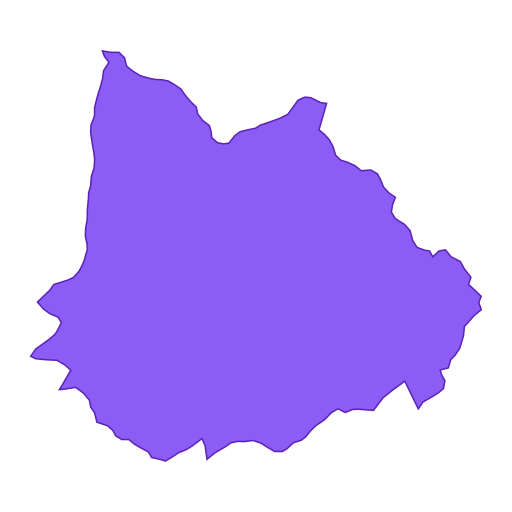 Bocaina, São Paulo, Brazil (Albers equal-area conic projection)
{"feature_id": "56859067B85307628604118", "entity_name": "Bocaina", "entity_type": "district", "adm_level": 2, "iso_a3": "BRA", "parent_name": "Brazil", "parent_adm1": "São Paulo", "projection": "albers", "projection_center": [-48.534, -22.093], "detail": "fine", "context": "isolated", "style": "filled", "palette": "violet", "viewbox_px": 512, "rotation_deg": 0, "n_neighbors": 0, "source": "geoboundaries", "source_scale": "gbopen_adm2", "svg_char_len": 2417}
<svg xmlns="http://www.w3.org/2000/svg" viewBox="0 0 512 512"><path d="M59.4,389.7L66.9,388.8L75.5,387.3L83.7,393.3L89.4,400.3L90.7,407.1L94.6,412.9L96.9,422.2L107.4,425.7L112.8,430.4L115.8,436.0L121.8,439.5L129.0,439.6L134.7,444.4L141.7,448.4L148.4,452.0L151.6,457.5L159.8,459.3L165.4,461.1L171.9,457.2L178.6,452.7L185.7,449.9L191.7,446.3L202.0,438.6L205.1,445.9L207.0,459.3L214.7,453.0L225.1,446.9L231.0,442.8L237.8,441.4L244.0,441.6L253.0,440.5L261.1,443.2L267.1,447.1L274.7,451.5L282.5,451.5L287.4,448.4L293.3,442.8L301.4,440.2L305.7,436.8L310.4,431.0L316.0,425.5L324.6,419.7L331.3,412.7L338.1,408.8L345.3,412.5L352.4,409.5L357.8,409.2L373.5,410.4L378.6,403.6L383.2,397.6L393.0,389.8L404.8,381.2L418.3,408.9L422.9,402.1L431.9,396.8L438.4,392.8L443.5,388.5L444.9,380.6L442.0,375.7L440.1,370.0L448.3,367.9L450.8,359.6L455.2,355.1L459.8,348.1L461.8,341.5L463.5,335.7L464.4,326.4L468.2,322.3L474.2,315.5L481.3,309.7L478.8,302.5L481.2,296.3L474.2,289.7L468.6,284.5L470.9,277.2L464.4,268.9L460.3,261.5L451.1,256.8L445.4,249.8L438.9,251.0L432.8,256.8L429.5,251.0L424.3,250.1L417.1,247.4L412.8,240.7L410.1,230.6L404.4,224.3L399.3,221.2L395.0,218.2L391.4,212.1L392.5,204.8L395.4,197.4L388.9,192.9L383.5,187.1L380.4,179.2L377.4,173.8L370.8,170.0L361.2,170.7L355.1,165.8L347.9,162.4L340.7,160.1L335.6,155.2L333.1,146.7L329.4,139.9L324.6,134.5L319.0,129.9L326.6,103.4L320.7,102.6L310.8,97.7L304.9,97.1L298.1,100.1L288.0,114.1L280.4,118.1L270.2,121.8L260.4,125.1L255.6,128.2L247.4,129.9L240.1,131.7L234.9,135.6L228.8,143.2L223.4,143.9L217.4,142.6L211.8,137.8L211.1,131.7L209.5,125.7L202.8,120.5L197.8,114.2L196.3,107.1L190.4,101.4L185.0,94.9L180.8,88.9L174.4,84.6L168.4,81.0L162.2,79.8L155.7,79.5L149.5,78.3L140.5,75.8L132.9,71.2L126.7,66.3L124.5,57.8L119.1,52.4L110.8,52.3L102.4,50.9L104.3,56.2L108.9,62.4L103.6,70.6L102.5,78.9L100.4,86.8L98.4,92.8L96.8,98.7L94.6,107.5L94.5,116.0L90.9,125.4L90.7,133.1L92.5,145.1L93.7,151.5L94.6,159.4L94.1,167.9L91.4,176.2L90.6,185.9L88.6,192.9L88.4,198.7L87.3,210.2L87.3,218.7L85.6,228.5L85.3,236.0L87.0,244.0L87.3,249.8L85.6,255.2L84.1,260.8L81.9,265.9L78.9,271.4L73.5,277.4L67.8,280.1L60.8,282.3L53.8,284.5L49.8,290.2L37.4,302.1L43.6,309.1L49.6,313.5L58.2,317.3L61.3,322.6L58.3,328.9L55.2,334.1L48.9,339.5L40.8,345.4L35.8,348.9L30.7,356.3L35.6,358.7L45.1,359.7L57.0,360.3L64.9,365.0L70.8,370.2L66.8,377.0L63.4,383.0L59.4,389.7Z" fill="#8b5cf6" stroke="#5b21b6" stroke-width="1.5"/></svg>